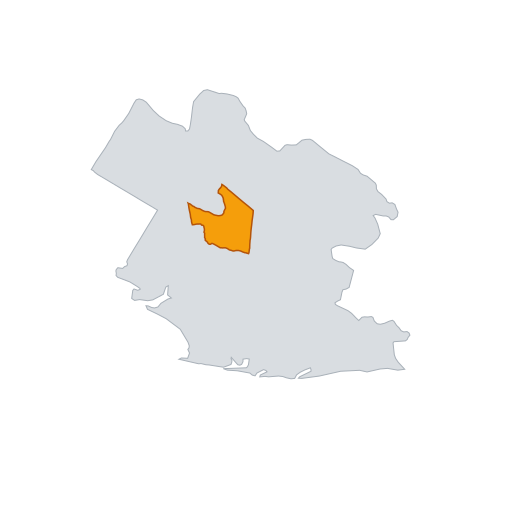 location of Lopè, Ogooué-Ivindo, Gabon, rotated 301°
{"feature_id": "22940354B97125723234680", "entity_name": "Lopè", "entity_type": "district", "adm_level": 2, "iso_a3": "GAB", "parent_name": "Gabon", "parent_adm1": "Ogooué-Ivindo", "projection": "equal_earth", "projection_center": [11.763, -0.029], "detail": "fine", "context": "in_parent", "style": "filled", "palette": "amber", "viewbox_px": 512, "rotation_deg": 301, "n_neighbors": 0, "source": "geoboundaries", "source_scale": "gbopen_adm2", "svg_char_len": 6152}
<svg xmlns="http://www.w3.org/2000/svg" viewBox="0 0 512 512"><g transform="rotate(301 256 256)"><path d="M331.5,78.6L331.3,82.8L327.8,93.0L326.1,100.9L325.7,109.3L326.7,116.0L328.4,120.8L329.4,126.1L328.6,129.8L326.9,131.3L328.1,133.2L330.6,133.6L335.0,132.0L341.7,129.2L350.5,125.2L356.2,123.0L365.8,124.4L370.9,125.9L373.5,128.7L376.3,140.8L377.7,142.6L380.0,147.8L381.9,153.9L382.3,157.0L382.1,159.3L380.2,162.6L378.0,167.5L377.2,170.5L375.4,172.7L373.1,174.8L366.7,175.7L365.8,177.0L364.0,182.2L360.6,186.6L359.1,190.8L357.7,196.4L358.0,203.3L357.3,213.2L356.6,219.9L358.3,222.3L365.9,223.9L367.4,225.3L369.4,229.4L372.0,233.3L379.0,235.8L381.7,238.8L383.9,242.1L384.2,244.8L382.6,255.5L381.1,265.9L381.7,273.8L382.2,281.3L383.0,292.3L382.7,299.0L380.7,303.0L380.7,306.2L381.6,310.1L379.9,320.8L378.7,322.6L375.6,324.6L374.0,327.4L373.5,331.9L371.8,338.1L370.0,340.3L370.0,343.2L371.7,345.3L371.7,348.5L368.6,352.3L366.7,355.2L362.5,356.7L357.8,355.1L356.7,353.0L357.8,349.7L357.4,347.1L355.8,344.3L353.3,337.1L351.0,335.6L349.8,338.5L345.9,344.0L339.1,351.0L334.3,351.5L325.5,349.4L318.1,346.1L314.6,337.9L312.5,331.1L309.3,323.3L305.8,319.5L302.0,317.2L300.3,317.0L294.9,321.4L293.3,323.1L293.3,326.8L293.8,330.2L294.6,331.8L295.3,334.0L295.2,337.4L294.2,342.0L293.9,347.1L277.0,352.0L274.0,350.2L271.9,347.9L269.3,348.3L262.0,350.9L259.3,349.1L256.6,347.8L255.4,348.9L255.3,351.1L256.5,362.9L256.1,367.4L254.5,373.3L253.6,377.3L258.1,378.4L259.7,380.3L261.3,383.3L263.5,386.1L263.6,387.8L261.2,390.9L260.3,394.7L261.5,397.7L264.5,400.8L269.0,404.0L271.2,406.1L271.0,408.0L268.9,412.2L268.1,415.7L266.7,418.8L267.0,421.7L269.0,424.4L268.8,426.9L267.4,428.7L264.6,428.3L262.3,428.6L260.2,427.8L253.6,418.4L252.1,418.2L242.6,425.4L240.2,428.3L238.2,432.6L235.5,441.8L231.2,436.4L227.4,426.6L223.1,420.6L213.8,410.9L211.4,403.7L200.8,387.9L185.7,372.1L174.7,358.3L173.1,355.3L174.9,355.6L185.5,362.5L186.9,361.7L188.2,360.2L183.6,356.6L179.2,353.8L175.1,352.0L171.0,352.2L168.8,349.3L167.3,344.9L166.5,341.1L164.7,337.1L158.9,329.0L157.5,325.8L154.3,321.5L156.2,321.0L162.4,325.1L163.0,323.4L162.5,321.0L156.2,317.1L152.8,316.9L152.0,314.1L152.5,311.0L148.0,299.1L143.4,290.2L142.6,286.0L155.2,305.3L156.8,305.7L159.0,305.5L164.2,303.3L163.2,300.8L160.9,298.0L158.6,299.3L155.7,299.5L154.1,298.4L153.4,296.4L156.4,287.0L155.1,287.5L154.2,289.1L152.6,289.9L150.1,290.4L143.9,285.4L138.4,271.8L137.0,269.1L135.5,264.3L134.1,262.4L127.8,243.1L130.2,244.6L133.1,250.1L138.6,249.0L140.8,245.7L142.7,245.9L144.6,245.1L147.1,242.1L154.2,228.8L156.0,211.3L155.4,200.9L154.4,190.5L156.7,187.3L157.7,189.4L158.1,193.1L159.2,195.8L161.8,198.2L166.5,198.9L173.8,202.7L176.4,205.1L177.1,200.3L185.4,196.1L182.9,194.7L175.5,196.3L165.2,190.1L161.9,186.2L158.7,178.7L155.4,174.8L155.6,171.3L163.0,168.1L164.9,168.4L165.7,172.3L167.7,173.9L168.4,173.3L168.7,170.0L168.8,161.2L166.5,148.5L167.2,146.1L169.2,145.2L171.0,143.6L172.3,143.2L174.8,143.6L176.0,146.5L176.7,148.1L179.2,148.8L181.2,150.4L183.0,150.0L184.5,148.2L186.6,147.8L193.3,147.8L199.4,147.8L211.4,147.9L223.5,147.9L235.5,148.0L244.6,148.0L244.6,140.8L244.5,129.6L244.5,116.4L244.4,103.8L244.4,92.1L244.3,78.2L244.8,74.3L245.4,72.6L245.2,70.3L254.5,70.2L271.4,71.2L278.8,71.1L280.9,71.3L290.1,70.6L297.6,71.4L300.8,72.4L303.6,72.9L312.6,73.5L324.3,72.7L328.2,72.9L330.4,74.9L331.5,78.6Z" fill="#d9dde1" stroke="#a8b0b8" stroke-width="1"/><path d="M254.9,192.2L254.8,192.7L254.6,193.0L254.5,193.4L254.5,193.7L254.7,194.0L254.9,194.3L255.0,194.8L254.9,195.2L254.8,195.6L254.6,196.0L253.8,196.6L253.4,197.1L252.5,197.9L251.7,198.4L250.8,198.8L249.7,199.1L249.3,199.6L249.2,200.1L248.9,200.4L247.7,201.0L247.1,201.4L246.4,201.9L245.7,202.2L245.3,202.5L245.1,202.9L244.8,203.5L244.6,203.8L244.3,204.0L243.9,204.0L243.5,204.2L243.3,204.6L243.2,205.2L243.1,206.0L243.0,206.6L242.9,207.0L242.6,207.6L242.3,208.1L242.1,208.6L242.0,209.3L242.1,209.9L242.3,210.5L242.6,210.9L243.0,211.2L243.7,211.4L244.0,211.6L244.2,212.0L244.4,212.7L244.5,214.1L244.6,216.3L244.6,218.8L244.6,220.2L244.6,221.0L244.8,221.4L245.2,222.0L245.6,223.0L246.3,224.0L246.7,224.7L247.2,225.3L247.4,226.2L247.6,227.2L247.6,228.2L247.6,228.9L247.5,229.6L247.6,230.4L247.9,231.2L248.2,232.3L248.3,233.1L248.6,233.9L249.1,234.7L249.7,235.3L250.3,235.9L250.7,236.3L250.8,236.9L251.5,237.6L251.9,238.8L252.3,239.9L252.5,241.2L252.6,242.5L252.9,243.8L253.1,244.9L253.6,245.8L253.7,246.5L253.7,247.1L253.9,247.3L254.1,247.6L254.2,248.4L255.0,248.3L255.6,248.1L256.1,247.9L256.8,247.5L257.5,247.3L258.4,246.8L259.4,246.6L260.4,246.0L261.3,245.5L262.9,244.6L263.9,244.1L265.3,243.4L266.4,242.8L267.7,242.4L269.4,241.6L273.4,239.5L276.3,238.1L280.8,236.1L284.4,234.4L286.8,233.4L290.5,231.8L293.3,230.4L293.6,230.2L294.7,223.6L295.6,217.2L296.6,210.8L298.1,201.7L298.7,197.3L299.1,196.4L299.3,195.6L299.5,193.7L299.6,193.1L299.7,191.9L299.8,190.5L299.8,189.9L299.1,190.1L298.4,190.5L297.7,190.6L296.6,190.5L295.5,190.4L295.2,190.1L294.6,190.1L293.2,190.0L292.5,190.1L291.7,190.6L291.4,190.8L290.6,191.1L290.6,191.6L290.6,192.8L290.5,195.0L290.3,195.6L289.1,197.6L288.5,198.4L288.0,198.5L287.6,199.1L287.0,199.5L286.4,199.8L284.8,201.8L282.7,204.1L281.8,204.8L281.1,205.3L280.3,205.3L279.0,205.4L277.8,205.5L277.2,205.8L276.5,206.2L275.3,206.1L274.3,206.0L273.5,205.7L272.9,205.2L272.1,204.3L271.3,203.3L270.8,202.2L270.5,201.3L269.9,199.7L269.6,198.5L269.6,197.0L269.5,192.8L269.2,191.9L268.8,191.1L268.2,190.1L267.9,189.3L267.7,188.4L267.6,187.5L267.5,186.8L267.5,186.1L267.5,185.3L267.5,184.2L267.4,183.1L267.0,182.2L266.7,181.5L266.5,181.0L266.5,180.6L266.4,180.3L266.4,179.5L266.4,179.0L266.2,178.6L266.2,178.1L266.4,177.7L266.5,177.3L266.4,176.8L266.2,176.4L266.2,176.0L266.2,175.5L266.4,175.0L266.4,174.2L266.6,173.5L266.6,172.8L266.6,172.2L266.4,171.7L266.3,170.9L266.3,170.6L265.6,171.4L265.0,171.8L264.1,172.6L262.6,173.8L260.7,175.5L258.0,178.1L256.3,179.4L255.3,180.2L253.7,182.0L252.7,182.7L252.0,183.2L251.4,183.8L250.9,184.3L250.4,185.0L250.0,185.3L250.2,185.7L250.5,186.1L251.4,187.2L252.2,188.0L252.9,188.8L253.7,190.1L254.1,190.8L254.7,191.5L254.8,192.0L254.9,192.2Z" fill="#f59e0b" stroke="#b45309" stroke-width="1.5"/></g></svg>